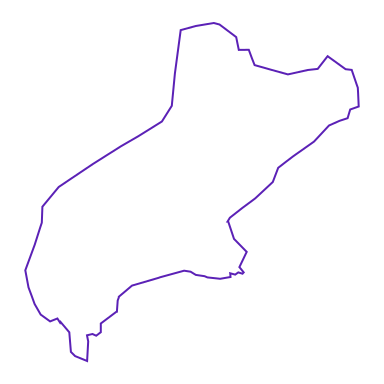 outline of Bokomu, Gbapolu, Liberia
{"feature_id": "62588387B58325877345443", "entity_name": "Bokomu", "entity_type": "district", "adm_level": 2, "iso_a3": "LBR", "parent_name": "Liberia", "parent_adm1": "Gbapolu", "projection": "robinson", "projection_center": [-10.158, 7.228], "detail": "fine", "context": "isolated", "style": "outline", "palette": "violet", "viewbox_px": 384, "rotation_deg": 0, "n_neighbors": 0, "source": "geoboundaries", "source_scale": "gbopen_adm2", "svg_char_len": 1385}
<svg xmlns="http://www.w3.org/2000/svg" viewBox="0 0 384 384"><path d="M180.7,30.1L174.9,73.5L171.8,105.8L162.6,120.4L161.9,121.5L142.2,133.8L138.5,136.1L120.9,146.3L105.7,155.9L103.2,157.5L92.9,164.0L71.3,178.5L58.7,187.0L42.4,206.7L42.0,217.6L41.8,222.7L40.4,226.9L35.1,243.5L34.8,244.5L25.3,270.3L28.5,287.4L31.6,295.7L34.6,304.0L40.7,314.6L50.1,321.4L57.4,318.5L60.1,322.7L60.5,321.9L69.3,332.3L70.9,351.9L75.1,356.1L87.1,361.0L88.2,341.4L87.0,335.3L92.4,334.0L96.2,335.7L100.8,332.2L100.8,323.5L116.2,311.9L116.5,311.7L116.9,311.7L117.7,300.5L118.8,297.5L118.8,296.8L119.1,296.5L132.0,285.6L158.7,277.8L160.0,277.3L184.1,270.7L190.6,271.7L195.8,274.9L204.6,276.2L207.4,277.4L208.3,277.5L218.5,278.6L220.1,278.8L230.5,277.0L230.3,274.0L230.2,273.3L235.2,274.6L238.3,272.4L242.5,273.7L243.7,272.4L239.4,267.1L246.3,252.7L246.7,251.9L235.4,240.3L234.0,238.9L228.2,221.5L227.6,221.5L229.9,217.7L242.0,208.2L253.6,199.6L255.2,198.4L272.8,182.0L278.2,167.8L286.2,161.6L292.9,156.5L296.4,154.0L310.9,143.8L314.0,141.6L323.6,131.3L329.0,125.5L339.6,120.8L347.6,118.2L350.2,109.5L358.7,106.5L358.1,93.0L357.8,87.7L356.7,84.6L351.7,69.9L345.6,69.2L342.0,66.6L327.6,56.2L317.7,68.9L307.8,70.0L287.9,74.4L270.9,69.7L263.2,67.5L254.6,65.1L251.9,58.2L248.8,49.8L238.8,49.9L237.4,43.1L236.2,37.1L219.5,24.5L213.8,23.0L195.8,26.0L180.7,30.1Z" fill="none" stroke="#5b21b6" stroke-width="2"/></svg>